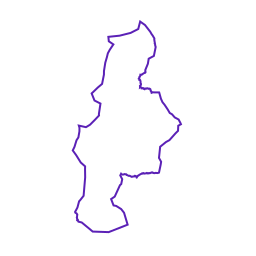 Erdene, Töv, Mongolia (Albers equal-area conic projection), rotated 187°
{"feature_id": "93677404B44653121732783", "entity_name": "Erdene", "entity_type": "district", "adm_level": 2, "iso_a3": "MNG", "parent_name": "Mongolia", "parent_adm1": "Töv", "projection": "albers", "projection_center": [107.583, 48.287], "detail": "fine", "context": "isolated", "style": "outline", "palette": "violet", "viewbox_px": 256, "rotation_deg": 187, "n_neighbors": 0, "source": "geoboundaries", "source_scale": "gbopen_adm2", "svg_char_len": 4667}
<svg xmlns="http://www.w3.org/2000/svg" viewBox="0 0 256 256"><g transform="rotate(187 128 128)"><path d="M158.6,216.1L157.6,211.7L152.7,209.2L155.6,203.5L157.1,199.7L157.6,195.6L158.5,190.1L158.7,184.3L158.8,181.7L158.4,178.1L159.1,168.6L162.9,164.5L167.1,159.3L168.3,157.9L164.6,151.2L158.3,148.9L158.6,138.3L158.3,136.9L161.6,132.4L166.1,126.6L169.8,123.7L177.1,124.4L176.2,122.3L175.8,118.8L176.1,112.6L177.6,109.6L178.8,102.8L180.1,99.0L176.1,94.7L170.7,88.0L165.9,84.7L165.6,81.7L164.5,73.8L163.8,55.3L166.9,50.2L167.6,49.3L168.5,42.9L170.3,38.2L170.2,38.0L170.1,37.9L170.0,37.7L169.9,37.5L169.8,37.4L169.4,37.3L169.2,37.2L168.7,37.0L168.6,36.9L168.3,36.6L168.1,36.1L167.8,35.9L167.8,35.7L167.8,35.4L167.8,34.8L167.8,34.0L167.8,33.5L167.8,33.4L167.9,33.1L167.7,32.9L167.6,32.5L167.5,32.2L167.4,31.9L167.4,31.7L167.5,31.6L167.4,31.3L167.1,30.9L167.1,30.7L166.9,30.7L167.0,30.4L166.9,30.4L166.8,30.1L166.7,30.1L166.4,29.9L166.1,29.7L166.0,29.3L165.8,29.0L162.4,28.6L150.4,20.9L134.5,22.3L116.6,32.0L121.6,43.4L124.9,46.7L130.2,49.2L132.9,49.4L136.1,55.4L132.8,58.3L129.0,70.3L127.9,71.5L127.5,76.5L129.9,80.0L129.3,81.7L129.2,81.6L128.8,81.4L128.2,81.2L127.6,81.1L127.4,81.2L126.8,81.3L126.2,81.6L126.0,81.8L125.9,81.8L125.7,81.8L125.2,81.7L124.8,81.8L124.4,81.9L124.2,81.8L123.8,81.6L123.7,81.4L123.6,81.2L122.8,81.1L121.9,80.7L121.3,80.6L121.1,80.7L120.9,80.8L120.5,80.8L120.1,80.6L119.3,80.4L119.1,80.2L118.8,80.1L118.5,80.0L118.3,80.0L118.2,80.0L117.9,80.1L117.7,80.3L116.9,80.5L116.2,80.6L116.0,80.8L115.9,81.0L115.5,81.3L115.4,81.2L115.2,81.0L114.8,81.2L114.6,81.3L114.2,81.2L113.9,80.9L113.8,80.7L113.6,80.2L113.4,79.9L113.2,80.0L113.2,80.5L113.1,80.8L112.6,81.4L112.5,81.5L112.4,81.8L112.1,81.9L111.9,82.0L111.6,82.3L111.4,82.5L111.2,82.8L110.9,83.0L110.5,83.2L110.1,83.6L109.9,83.7L109.7,83.8L109.4,84.0L109.1,84.2L108.8,84.5L108.7,84.5L108.4,84.7L108.3,84.8L108.2,84.8L107.9,84.6L107.7,84.8L107.5,85.0L107.3,85.1L107.0,84.9L106.8,84.9L106.6,84.8L106.5,84.7L106.3,84.7L105.8,85.0L105.3,85.0L105.0,85.1L104.8,85.1L104.5,85.3L104.2,85.4L104.1,85.5L103.9,85.7L103.7,85.7L103.4,85.3L103.1,85.3L102.9,85.3L102.6,85.5L102.3,85.6L102.1,85.7L101.8,85.8L101.7,85.7L101.6,85.8L101.4,85.9L101.1,85.8L100.9,85.8L100.5,85.9L100.1,86.2L99.5,86.6L99.4,86.7L99.0,86.6L98.9,86.7L98.7,86.7L98.4,86.9L98.1,86.8L97.9,86.7L97.7,86.5L97.4,86.4L97.0,86.5L96.7,86.4L96.2,86.4L95.9,86.5L95.3,86.8L95.0,86.8L94.7,86.9L94.2,86.8L93.1,86.9L92.6,87.1L91.8,87.5L91.1,95.7L91.0,98.5L93.6,102.1L93.8,113.3L88.6,118.7L85.4,121.0L80.2,128.5L78.0,131.3L78.4,136.4L75.9,138.2L76.6,139.4L78.8,142.6L82.9,144.2L86.0,147.0L88.4,148.0L90.9,151.3L94.6,155.6L96.9,157.8L98.9,161.1L101.4,167.1L107.8,166.4L108.9,165.8L109.0,166.0L108.9,166.4L108.9,166.5L109.0,166.8L109.4,167.0L109.6,167.4L109.8,167.4L110.0,167.6L110.3,168.3L110.4,168.6L110.4,169.0L110.5,169.1L110.6,169.3L110.8,169.4L111.0,169.4L111.2,169.6L111.6,169.7L111.9,169.7L112.1,169.7L112.3,169.5L112.4,169.4L112.6,169.4L112.8,169.5L113.1,169.6L113.4,169.7L113.6,169.8L114.0,169.7L114.3,169.5L114.4,169.4L114.6,169.5L114.9,169.5L115.0,169.5L115.2,169.4L115.3,169.2L115.8,169.0L116.0,169.0L116.1,168.8L116.3,169.0L116.7,168.9L116.9,168.7L117.0,168.7L117.3,169.0L117.6,169.0L118.1,169.1L118.3,169.1L118.6,169.1L118.4,169.4L118.5,169.4L118.8,169.3L119.0,169.4L119.4,169.6L119.5,169.6L119.6,169.4L119.8,169.6L120.1,169.9L120.2,170.0L120.4,170.2L120.8,170.2L121.0,170.0L121.0,170.5L121.2,170.8L121.3,171.2L121.3,171.3L120.7,172.0L120.5,172.3L120.4,172.5L120.5,173.2L120.5,173.4L120.8,173.9L121.0,174.0L121.1,174.5L121.1,174.8L121.2,175.1L121.2,175.5L121.3,175.8L121.3,176.0L121.7,176.8L121.8,177.1L122.0,177.2L122.3,177.1L122.5,177.1L122.5,177.3L122.6,177.6L122.7,177.8L122.8,177.9L123.0,178.0L123.3,178.2L123.2,178.4L122.9,178.8L122.8,179.1L122.8,179.4L123.0,179.7L123.0,179.8L122.9,180.1L122.5,180.5L122.4,180.8L122.3,181.2L122.3,181.3L122.2,181.4L122.1,181.5L122.0,181.8L122.0,182.0L122.1,182.3L121.8,182.3L121.7,182.3L121.6,182.5L121.4,182.7L121.2,182.7L120.9,182.6L120.7,182.7L119.7,183.7L119.2,184.1L118.7,184.5L118.3,184.7L118.2,184.9L117.9,184.8L117.6,185.1L117.5,185.3L117.4,185.5L117.9,187.6L116.1,194.2L115.9,199.3L111.1,202.7L110.4,211.7L110.5,212.1L110.7,212.6L111.0,212.9L111.1,213.5L111.2,213.9L111.3,214.2L111.4,214.7L111.6,214.9L111.8,215.1L111.8,215.4L111.8,215.5L111.7,215.6L111.8,216.0L112.4,217.8L112.4,218.1L112.5,218.4L112.6,218.6L112.7,218.8L112.7,219.2L112.7,219.4L112.7,219.9L112.8,220.2L113.9,221.6L114.8,222.8L115.4,223.4L115.9,223.9L117.7,226.3L118.5,227.1L118.9,227.5L119.3,227.9L123.7,232.3L128.9,235.1L129.9,227.5L137.0,222.7L147.6,218.6L158.6,216.1Z" fill="none" stroke="#5b21b6" stroke-width="2"/></g></svg>